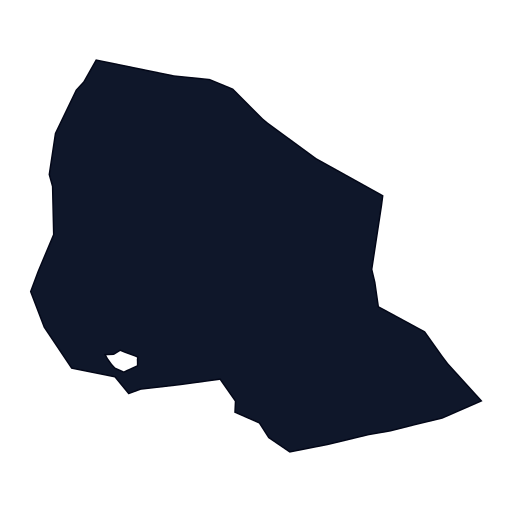 the district of Su'xbaatar, Sühbaatar, Mongolia
{"feature_id": "93677404B60668792208012", "entity_name": "Su'xbaatar", "entity_type": "district", "adm_level": 2, "iso_a3": "MNG", "parent_name": "Mongolia", "parent_adm1": "Sühbaatar", "projection": "mercator", "projection_center": [113.619, 46.984], "detail": "fine", "context": "isolated", "style": "filled", "palette": "ink", "viewbox_px": 512, "rotation_deg": 0, "n_neighbors": 0, "source": "geoboundaries", "source_scale": "gbopen_adm2", "svg_char_len": 1016}
<svg xmlns="http://www.w3.org/2000/svg" viewBox="0 0 512 512"><path d="M390.4,430.8L414.4,424.7L442.2,418.0L481.3,400.9L447.6,363.8L442.1,356.5L424.6,331.9L378.3,306.8L374.8,282.4L371.7,269.4L381.5,205.1L382.7,195.8L368.7,188.0L315.9,158.7L267.3,123.1L262.5,119.1L250.2,106.8L232.7,89.2L209.5,79.6L173.8,76.0L96.2,60.1L83.9,81.9L76.3,90.2L55.5,133.4L49.3,174.5L52.6,186.4L53.7,234.6L38.2,271.5L30.7,291.6L44.3,327.2L71.7,368.1L115.0,376.8L128.7,393.5L140.6,389.1L180.7,384.5L220.1,379.1L235.5,401.1L235.0,412.2L259.4,422.9L268.8,437.6L289.8,451.9L329.1,444.1L368.4,434.6L390.4,430.8ZM131.7,368.5L130.9,368.9L128.9,369.8L127.4,370.4L123.8,372.2L123.7,372.2L123.2,371.9L120.6,370.7L116.5,368.9L114.9,368.2L113.1,366.3L111.4,364.4L110.0,362.5L109.8,362.2L107.3,358.7L105.0,354.6L110.8,354.4L112.8,354.3L113.6,354.2L113.9,354.1L117.6,351.8L120.2,350.2L124.8,352.1L127.8,353.2L135.5,356.0L137.9,357.2L137.5,359.5L137.6,362.0L137.6,365.0L137.6,365.8L131.7,368.5Z" fill="#0f172a" stroke="#020617" stroke-width="1.5"/></svg>